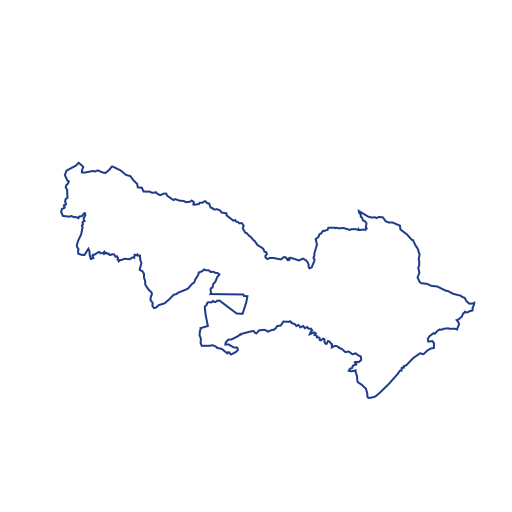 Molango de Escamilla, Hidalgo, Mexico (orthographic projection), rotated 134°
{"feature_id": "50627088B53777409905176", "entity_name": "Molango de Escamilla", "entity_type": "district", "adm_level": 2, "iso_a3": "MEX", "parent_name": "Mexico", "parent_adm1": "Hidalgo", "projection": "orthographic", "projection_center": [-98.759, 20.849], "detail": "fine", "context": "isolated", "style": "outline", "palette": "blue", "viewbox_px": 512, "rotation_deg": 134, "n_neighbors": 0, "source": "geoboundaries", "source_scale": "gbopen_adm2", "svg_char_len": 6099}
<svg xmlns="http://www.w3.org/2000/svg" viewBox="0 0 512 512"><g transform="rotate(134 256 256)"><path d="M252.3,331.0L254.9,331.6L256.9,333.5L258.4,333.2L262.4,336.4L262.5,336.8L260.4,338.2L260.8,340.8L262.9,341.2L265.3,343.2L266.1,344.1L266.6,346.2L269.2,349.3L271.2,353.6L273.1,354.3L274.3,361.6L273.5,364.1L275.7,366.0L278.0,366.7L279.0,367.6L280.0,371.3L279.6,372.1L282.7,374.6L283.6,377.3L287.7,381.6L286.2,385.6L288.6,388.5L288.6,389.1L286.7,391.4L286.7,396.8L285.8,401.9L288.0,405.9L288.5,412.9L291.3,421.4L292.0,421.9L295.3,421.4L300.8,421.9L302.3,424.0L304.3,429.2L307.5,430.9L308.0,432.3L315.1,437.2L316.8,439.4L314.9,440.9L312.1,442.0L311.8,442.7L312.1,448.3L316.2,448.4L326.2,451.6L330.6,449.7L332.8,443.9L332.3,442.6L334.6,441.5L336.9,441.7L338.9,440.5L339.5,437.9L345.2,432.0L347.4,432.4L349.6,431.0L350.1,429.4L351.2,428.5L352.3,429.3L353.2,429.3L353.9,427.4L354.8,427.3L356.9,428.3L359.6,426.9L361.3,422.7L357.2,417.4L355.5,416.6L354.6,414.2L352.6,411.8L352.2,410.0L350.5,410.6L348.4,409.0L344.3,409.2L344.0,408.6L345.4,407.0L348.6,406.2L349.8,404.7L349.9,403.7L351.7,404.3L352.7,403.8L353.3,402.5L355.2,402.3L355.8,400.7L361.9,396.8L368.2,394.7L372.7,392.4L373.8,391.0L374.4,388.4L376.0,387.5L377.8,385.4L376.4,382.4L374.5,380.1L367.2,381.6L368.2,379.2L370.8,376.4L372.9,372.8L370.5,371.5L369.6,373.8L368.4,374.2L367.6,373.2L362.3,371.9L361.8,370.7L362.1,369.9L360.2,367.9L358.2,368.1L358.3,367.4L359.6,366.6L357.7,365.8L357.7,364.6L356.6,363.7L357.1,362.8L356.6,361.4L355.0,360.9L353.4,359.3L354.1,356.5L352.8,355.9L353.2,354.0L354.6,353.3L355.2,351.0L353.5,351.2L352.6,350.1L349.2,348.6L346.3,344.8L345.0,344.2L343.9,344.3L342.6,343.6L341.9,342.3L339.4,344.2L338.5,342.5L337.3,342.4L337.7,341.0L336.3,339.8L338.9,336.9L340.9,333.3L346.3,330.5L346.7,329.6L345.9,327.2L346.6,324.2L349.4,321.5L350.9,318.5L353.6,315.6L354.8,310.1L354.7,305.9L355.8,304.3L358.5,303.3L360.9,301.4L361.7,297.4L363.8,296.0L364.3,293.1L362.2,292.0L358.8,291.8L353.6,288.9L347.3,288.3L341.0,288.3L338.6,286.7L337.0,286.7L326.9,282.3L320.8,282.6L317.8,282.1L315.3,283.3L309.8,284.4L307.6,285.7L304.3,284.1L301.7,284.0L301.5,282.7L299.1,280.0L299.0,277.5L297.0,275.8L296.3,273.4L295.0,272.0L294.7,269.5L297.9,269.3L303.0,267.3L305.8,267.3L309.0,265.4L310.2,266.0L311.5,265.6L313.7,262.8L315.0,262.3L292.5,238.4L293.2,236.9L290.9,234.3L296.1,230.8L306.9,225.5L310.8,229.9L313.4,251.2L315.0,252.8L317.3,253.2L318.0,253.9L318.2,255.7L320.3,255.8L322.5,258.3L324.2,258.4L325.4,257.5L327.6,257.7L328.7,257.0L333.3,251.4L339.8,242.0L346.5,245.8L346.9,245.1L348.6,244.4L352.1,241.7L353.7,238.3L357.1,235.3L358.3,232.7L352.7,226.9L350.3,225.2L348.9,221.4L349.1,220.1L346.6,216.1L346.0,209.4L345.8,208.8L344.6,209.2L343.9,208.3L344.3,205.8L343.9,205.4L339.1,203.8L336.1,203.8L335.6,204.4L335.0,206.0L337.2,208.4L338.7,214.4L341.0,216.5L339.3,217.7L335.4,217.8L333.1,215.7L326.3,213.3L323.3,212.9L323.2,212.3L322.0,212.3L314.1,207.5L311.7,205.7L311.9,203.2L311.3,201.9L307.3,202.1L303.3,198.7L302.2,196.1L302.3,195.0L301.7,194.7L297.8,193.0L297.1,192.1L294.7,191.6L291.6,192.1L288.9,189.9L284.1,190.7L280.3,186.4L279.3,186.2L279.0,185.2L279.5,183.8L278.1,180.8L278.3,178.3L276.1,177.6L276.5,174.5L273.5,173.3L274.1,170.8L271.5,169.8L271.8,167.6L270.1,166.0L270.5,163.9L272.1,164.1L274.9,163.0L270.7,161.2L270.1,159.4L272.1,159.1L271.2,157.0L272.2,155.6L271.0,154.5L270.9,153.2L272.2,151.7L271.6,150.7L268.8,150.3L268.3,148.9L270.2,147.2L270.8,144.9L270.1,144.2L267.1,145.1L266.4,143.4L267.0,141.3L266.6,140.0L269.1,138.0L266.1,136.9L264.8,135.6L264.1,132.5L264.4,132.3L263.2,129.6L263.1,125.0L260.3,122.9L259.7,118.6L258.8,117.6L256.9,116.9L256.3,112.8L255.5,111.2L255.7,110.3L257.8,108.1L260.6,108.3L263.3,111.1L264.0,110.9L263.7,109.3L264.3,108.5L267.6,110.1L269.9,109.1L271.9,110.1L274.1,109.5L272.6,107.2L269.1,104.9L270.1,104.0L272.3,99.8L275.4,96.4L276.0,94.9L275.2,90.7L275.1,84.8L277.8,80.1L279.1,79.1L280.1,77.4L279.6,76.0L275.7,73.3L273.7,72.5L267.3,71.9L255.2,71.6L241.8,72.2L238.9,72.8L238.0,72.6L237.4,71.7L235.3,73.4L233.6,72.1L232.8,73.2L230.2,72.0L220.0,72.0L211.8,70.3L210.8,67.8L209.9,67.3L204.9,67.1L201.2,66.0L198.5,64.2L195.2,67.3L194.6,69.9L197.9,72.7L196.3,74.8L193.2,75.5L188.1,74.7L187.7,73.4L183.5,73.4L181.3,72.9L180.5,71.6L177.4,70.0L174.5,67.5L173.8,66.0L170.3,62.6L169.2,60.4L164.1,62.5L163.0,64.4L162.7,67.1L161.0,66.3L156.6,65.8L153.5,67.1L152.8,66.7L150.9,67.0L150.4,65.4L149.6,64.7L147.4,64.0L144.7,62.4L142.8,64.2L139.7,65.3L138.1,66.5L139.5,67.0L142.1,69.4L142.3,73.2L141.1,76.8L142.3,79.5L142.3,81.1L146.3,88.0L147.7,93.1L149.2,95.7L152.1,104.6L155.7,109.1L157.1,113.5L160.8,118.3L160.9,120.5L159.2,124.9L154.6,126.8L151.7,131.2L149.7,131.9L146.5,134.7L145.7,136.4L141.3,139.4L138.4,144.8L137.5,149.0L135.5,154.1L136.2,155.4L135.6,162.4L136.6,170.6L134.2,173.5L137.1,181.2L139.6,183.6L140.9,186.7L140.1,191.6L142.5,194.7L144.9,195.6L145.5,197.3L147.8,199.3L149.7,202.5L152.2,213.3L153.1,212.2L153.6,209.1L155.0,207.9L154.7,206.4L156.1,203.8L155.4,201.9L155.6,199.4L159.0,196.9L159.3,195.5L161.2,195.5L161.1,195.9L165.8,200.0L165.6,200.7L166.1,200.4L167.6,203.2L170.4,205.9L172.1,206.7L175.0,212.4L178.8,215.9L179.9,217.9L180.9,218.3L181.2,219.2L185.4,223.6L187.3,222.7L190.4,224.2L191.4,225.3L194.8,224.8L195.3,225.3L196.8,225.3L198.9,224.3L202.4,224.8L205.4,220.1L214.1,215.5L215.4,214.0L216.7,213.8L217.7,213.0L217.7,211.7L218.5,210.9L225.3,208.1L227.7,208.9L227.4,210.5L225.8,212.0L224.8,214.1L224.3,216.6L225.2,220.4L229.3,222.0L233.4,230.2L234.9,230.8L235.3,229.4L235.9,229.3L237.0,230.3L236.4,233.5L236.8,234.6L237.7,235.3L241.1,235.6L245.2,241.9L247.7,244.6L250.2,245.7L250.5,246.7L250.4,248.0L249.6,249.3L247.0,249.5L246.1,251.2L247.0,252.9L245.9,255.4L245.9,257.4L247.1,262.6L246.1,267.4L246.4,268.5L245.9,273.4L246.3,275.1L246.0,278.4L246.7,279.8L245.3,284.8L242.8,285.9L242.2,288.5L242.3,289.2L244.1,290.7L244.2,292.9L245.1,294.4L244.7,296.0L246.3,296.8L247.2,305.2L245.9,307.0L248.6,310.9L248.2,313.6L249.5,316.7L250.9,317.6L252.0,319.3L251.7,320.4L252.7,322.4L250.8,326.1L252.0,328.0L251.7,330.1L252.3,331.0Z" fill="none" stroke="#1e3a8a" stroke-width="2"/></g></svg>